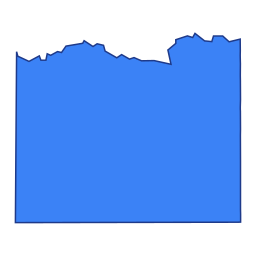 Cass, Texas, United States of America
{"feature_id": "52423323B4448800346359", "entity_name": "Cass", "entity_type": "district", "adm_level": 2, "iso_a3": "USA", "parent_name": "United States of America", "parent_adm1": "Texas", "projection": "orthographic", "projection_center": [-94.255, 33.095], "detail": "fine", "context": "isolated", "style": "filled", "palette": "blue", "viewbox_px": 256, "rotation_deg": 0, "n_neighbors": 0, "source": "geoboundaries", "source_scale": "gbopen_adm2", "svg_char_len": 779}
<svg xmlns="http://www.w3.org/2000/svg" viewBox="0 0 256 256"><path d="M15.4,222.6L237.9,222.2L240.6,222.1L240.6,217.0L240.6,214.3L240.5,209.4L240.5,197.2L240.5,189.4L240.5,161.5L240.4,135.0L240.5,129.2L240.4,111.2L240.3,109.3L240.3,107.0L240.5,99.6L240.4,82.2L240.4,81.0L240.3,75.5L240.4,63.8L240.3,60.1L240.2,55.4L240.3,50.9L240.2,39.1L229.1,41.8L222.7,36.0L213.5,36.0L211.8,41.6L204.6,40.9L195.0,33.4L192.7,37.5L187.4,35.9L175.8,39.7L175.8,43.4L167.9,50.0L171.0,64.3L154.1,60.6L141.5,60.8L134.0,57.6L129.5,59.1L121.6,54.6L116.8,57.8L105.1,51.1L103.5,45.3L97.1,43.8L93.0,46.5L84.1,40.7L82.7,43.3L66.0,46.1L61.5,52.5L57.5,51.6L50.7,55.3L47.2,53.8L45.9,60.2L40.9,60.2L39.3,55.9L29.0,61.4L17.8,56.2L16.6,51.7L15.4,222.6Z" fill="#3b82f6" stroke="#1e3a8a" stroke-width="1.5"/></svg>